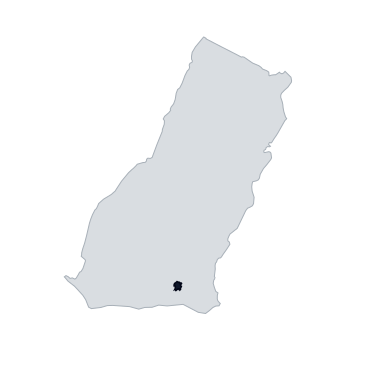 Okere, Eastern, Ghana (highlighted), rotated 28°
{"feature_id": "2480657B59311092791004", "entity_name": "Okere", "entity_type": "district", "adm_level": 2, "iso_a3": "GHA", "parent_name": "Ghana", "parent_adm1": "Eastern", "projection": "equal_earth", "projection_center": [-0.101, 6.04], "detail": "fine", "context": "in_parent", "style": "filled", "palette": "ink", "viewbox_px": 384, "rotation_deg": 28, "n_neighbors": 0, "source": "geoboundaries", "source_scale": "gbopen_adm2", "svg_char_len": 4783}
<svg xmlns="http://www.w3.org/2000/svg" viewBox="0 0 384 384"><g transform="rotate(28 192 192)"><path d="M225.5,44.2L227.7,47.0L228.2,48.6L227.4,54.6L225.8,58.9L224.7,62.8L224.9,64.8L225.9,66.8L229.2,69.9L231.0,72.0L233.0,75.0L235.4,78.0L239.4,81.9L241.1,82.7L241.0,83.7L240.5,85.2L240.1,99.8L239.8,103.6L239.5,105.5L239.1,110.9L238.7,111.7L237.9,111.6L237.2,111.9L237.1,112.9L237.3,114.1L239.8,114.8L239.2,115.7L237.4,116.4L236.6,118.0L237.0,119.9L236.0,121.4L236.3,122.4L236.9,123.2L237.9,122.9L240.8,120.4L242.0,120.1L243.4,120.6L246.2,124.5L246.3,126.4L245.2,132.8L244.1,137.7L243.9,144.3L245.0,148.1L244.9,150.1L243.6,151.9L240.8,154.4L241.1,156.2L242.3,159.4L244.7,163.0L249.3,167.5L251.8,173.4L251.8,175.8L250.4,178.1L248.7,180.2L248.2,183.2L249.0,202.8L245.3,211.3L245.3,213.7L245.6,216.6L246.6,218.3L248.5,218.7L250.0,220.4L249.5,226.3L248.7,232.5L248.5,235.4L248.1,236.8L246.6,237.9L246.1,239.9L246.5,242.2L246.2,244.0L247.0,246.3L248.7,249.1L251.4,256.1L252.4,256.7L252.8,258.2L252.6,259.6L253.6,262.7L256.6,265.8L259.7,268.6L262.3,268.9L262.9,271.4L264.5,274.5L265.7,275.8L267.7,276.7L269.3,277.2L269.3,279.8L266.5,281.6L264.6,284.3L263.1,288.4L261.0,292.9L254.0,295.3L251.3,295.3L236.9,295.4L223.5,304.3L215.7,307.5L210.9,312.5L204.5,316.1L200.0,320.4L190.7,322.5L175.4,329.3L170.6,332.0L165.8,336.7L157.9,342.2L154.8,342.2L148.7,337.0L144.0,334.4L132.7,330.4L124.3,328.9L120.2,327.2L119.1,326.9L120.0,325.0L122.4,324.9L124.9,325.5L126.7,324.0L129.5,323.9L130.2,322.4L130.4,318.6L130.4,315.6L131.4,314.3L131.6,310.7L130.3,302.8L129.3,301.9L124.4,300.8L124.0,299.2L123.2,297.6L122.2,293.5L121.2,287.5L119.4,280.0L116.1,267.6L115.3,263.3L114.8,258.8L114.7,253.5L115.4,251.5L115.3,248.8L115.0,246.0L117.3,239.8L121.9,232.1L122.9,229.3L123.7,227.4L123.9,224.6L124.7,215.6L126.9,204.8L128.3,200.7L129.2,198.5L130.3,194.9L130.6,193.2L134.9,189.0L136.8,187.8L137.2,186.2L136.6,184.4L136.9,183.1L137.9,182.5L139.4,182.0L140.6,180.2L138.8,166.9L137.4,153.6L137.3,152.5L136.5,150.7L135.7,145.2L134.2,142.0L132.3,141.0L132.3,138.0L134.3,132.9L134.8,129.9L133.9,129.0L133.7,126.7L134.4,122.9L134.1,120.6L133.7,118.1L131.7,112.3L131.2,108.2L132.3,105.8L132.2,100.5L131.1,92.4L131.0,87.3L131.7,85.2L131.4,83.1L129.9,81.2L129.8,79.3L131.1,77.5L130.9,76.1L129.3,75.0L127.9,72.5L126.6,68.6L126.9,62.3L129.3,50.6L129.6,49.6L132.3,49.7L132.4,50.2L140.8,50.1L150.4,50.0L161.9,49.8L172.3,49.7L172.8,49.1L174.5,48.5L185.1,49.7L191.7,49.1L194.5,49.5L196.5,50.3L201.1,49.8L203.5,50.1L205.3,53.0L206.1,52.9L207.1,51.7L208.9,50.3L210.8,49.2L212.1,46.9L212.9,45.2L214.1,45.6L215.9,45.4L217.0,44.0L217.5,41.8L225.5,44.2Z" fill="#d9dde1" stroke="#a8b0b8" stroke-width="1"/><path d="M227.5,283.5L227.5,283.4L227.4,283.4L227.3,283.2L227.2,282.9L227.1,282.7L227.1,282.4L227.0,282.1L226.9,281.8L226.9,281.7L226.9,281.4L226.9,281.2L227.0,281.2L227.0,280.9L226.9,280.5L226.9,280.4L226.5,280.5L226.3,280.4L226.1,280.3L226.0,280.0L225.9,279.7L225.7,279.5L225.6,279.4L225.3,279.4L225.3,279.2L225.2,279.1L225.3,279.0L225.3,278.9L225.4,278.7L225.6,278.2L225.7,277.9L225.8,277.9L225.8,277.7L225.7,277.6L225.4,277.6L225.2,277.8L225.1,277.7L225.0,277.8L224.9,278.0L224.8,277.9L224.7,277.8L224.7,277.7L224.5,277.8L224.4,277.8L224.3,278.0L224.2,278.0L224.2,277.9L223.8,277.8L223.6,277.7L223.5,277.8L223.4,277.9L223.2,277.9L223.2,278.0L223.0,277.9L223.0,278.0L222.9,278.0L222.7,278.0L222.4,278.3L222.2,278.3L222.1,278.2L221.9,278.2L221.7,278.1L221.4,278.1L221.2,278.1L220.9,278.1L220.9,278.3L220.7,278.5L220.6,278.8L220.6,279.0L220.4,279.3L220.5,279.4L220.5,279.5L220.4,279.6L220.3,279.8L220.2,280.0L220.2,280.3L220.1,280.6L219.9,280.6L219.8,280.4L219.7,280.5L219.6,280.9L219.7,281.0L219.8,281.1L219.7,281.2L219.6,281.3L219.7,281.5L219.8,281.7L219.9,281.8L219.8,282.0L219.7,282.3L219.8,282.5L219.9,282.8L220.0,282.8L220.1,282.7L220.3,282.8L220.4,282.7L220.5,282.7L220.6,282.8L220.8,282.9L220.8,283.0L220.9,282.9L221.0,282.7L221.3,282.8L221.5,282.9L221.6,283.0L221.7,283.3L221.8,283.4L221.8,283.5L221.9,283.8L222.0,284.1L222.2,284.3L222.3,284.4L222.3,284.5L222.3,284.8L222.5,285.0L222.6,285.3L222.6,285.5L222.5,285.8L222.5,286.0L222.7,285.7L222.8,285.8L223.0,285.9L223.3,285.9L223.4,286.0L223.5,286.0L223.5,285.9L223.8,285.9L223.9,285.7L223.9,285.8L223.8,286.0L223.8,286.3L223.8,286.5L223.7,286.6L223.8,286.7L224.0,286.6L224.2,286.4L224.2,286.2L224.3,285.9L224.2,285.8L224.2,285.5L224.3,285.4L224.5,285.3L224.5,285.1L224.7,284.9L224.8,284.8L224.8,284.7L225.0,284.7L225.2,284.3L225.2,284.2L225.3,284.1L225.5,284.1L225.6,283.7L225.8,283.6L226.0,283.6L226.3,283.7L226.5,283.7L226.6,283.8L226.8,283.8L226.7,283.9L226.7,284.0L226.8,284.2L226.8,284.3L227.0,284.3L227.0,284.2L227.2,284.3L227.2,284.2L227.3,284.2L227.4,283.9L227.5,283.8L227.5,283.7L227.5,283.5Z" fill="#0f172a" stroke="#020617" stroke-width="1.5"/></g></svg>